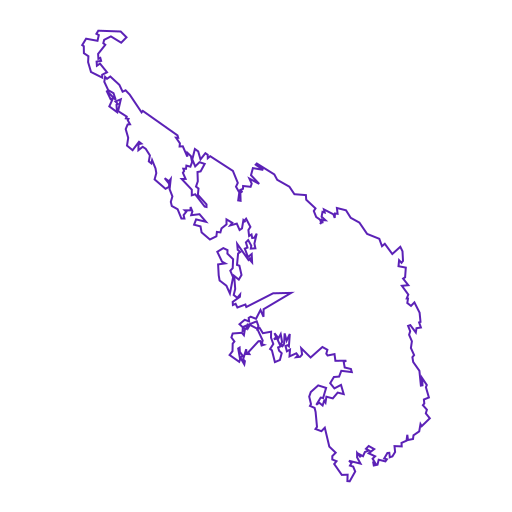 outline of Askøy nor, Hordaland, Norway
{"feature_id": "86288312B29517582925264", "entity_name": "Askøy nor", "entity_type": "district", "adm_level": 2, "iso_a3": "NOR", "parent_name": "Norway", "parent_adm1": "Hordaland", "projection": "mercator", "projection_center": [5.11, 60.485], "detail": "fine", "context": "isolated", "style": "outline", "palette": "violet", "viewbox_px": 512, "rotation_deg": 0, "n_neighbors": 0, "source": "geoboundaries", "source_scale": "gbopen_adm2", "svg_char_len": 6057}
<svg xmlns="http://www.w3.org/2000/svg" viewBox="0 0 512 512"><path d="M110.3,76.5L107.0,78.8L105.1,76.9L104.3,81.8L108.2,90.1L113.5,93.2L115.7,99.8L106.5,90.6L110.6,99.2L113.0,98.3L109.3,106.4L117.0,112.1L116.5,104.8L117.8,103.9L115.5,101.5L120.8,99.3L118.1,111.1L126.7,116.6L125.9,118.4L128.5,118.9L127.8,120.3L130.0,124.3L127.6,124.5L125.7,129.1L128.2,137.8L127.0,145.6L132.6,150.2L139.0,141.8L141.3,143.6L138.5,144.2L138.4,150.2L142.7,146.8L145.7,148.8L149.9,155.4L148.8,161.4L151.3,163.4L152.1,160.1L155.5,168.4L156.3,173.1L154.6,179.4L165.5,188.8L169.1,186.8L169.1,183.7L164.7,178.2L169.0,181.3L170.7,179.0L169.6,189.2L172.4,196.4L170.8,201.9L171.8,206.0L177.6,209.2L181.4,218.5L184.4,218.5L183.6,215.1L186.3,211.7L184.8,210.3L190.5,210.3L190.6,207.0L192.4,211.5L191.2,215.2L199.5,214.2L206.0,221.8L196.1,219.4L194.1,224.7L200.5,226.4L201.6,232.4L209.9,239.5L216.4,236.3L216.9,231.9L220.4,232.4L221.5,228.4L226.5,224.4L226.5,219.4L232.3,222.8L230.3,225.4L236.8,223.6L239.6,230.0L242.0,228.4L243.4,220.1L245.4,222.2L244.3,220.8L246.1,218.7L250.4,226.9L248.4,230.0L249.1,236.0L251.5,234.5L252.2,238.0L254.4,237.7L256.7,233.6L254.4,243.6L255.4,248.3L250.8,248.6L251.3,245.7L248.2,240.1L245.9,242.4L247.5,247.6L244.8,248.6L248.0,257.1L251.7,254.0L252.1,262.4L249.7,259.6L250.7,257.6L248.5,260.0L237.2,243.9L237.7,249.8L240.2,252.0L238.1,253.5L237.0,264.9L239.4,265.7L241.5,275.0L238.8,279.6L234.2,275.9L235.2,289.0L233.7,295.0L237.3,297.8L240.1,294.5L239.9,296.8L232.7,301.9L232.9,305.0L235.6,303.8L237.4,307.5L245.4,304.5L246.3,307.0L273.1,293.3L291.1,292.9L263.6,309.2L263.5,316.8L260.5,310.0L256.0,318.8L250.7,316.7L248.7,317.9L249.1,321.4L244.7,319.8L239.5,324.2L242.6,327.1L256.7,321.3L258.4,325.9L257.5,328.9L259.6,327.9L262.9,333.2L271.1,331.7L271.0,337.6L273.3,344.0L270.1,349.0L271.9,350.3L274.9,362.1L279.9,360.0L281.7,353.2L279.1,350.7L278.1,347.4L280.6,346.4L277.1,338.5L273.9,339.3L276.2,337.2L274.5,333.2L278.5,338.2L280.7,334.1L282.1,342.0L281.1,343.7L282.6,346.0L284.1,343.8L284.6,333.4L286.6,340.7L289.8,334.0L288.9,346.3L287.6,345.2L285.5,346.0L286.9,351.3L290.0,349.6L289.5,356.4L296.3,353.3L297.9,355.4L296.2,357.2L300.1,356.8L302.1,354.5L301.2,348.2L310.6,357.5L322.4,347.0L327.4,349.8L326.3,353.7L327.6,355.5L334.5,354.1L335.4,360.8L346.3,360.7L343.7,361.9L344.7,367.5L350.9,369.0L351.8,372.1L341.3,370.8L339.1,376.6L333.9,377.0L330.2,383.2L334.4,388.4L341.0,384.9L343.7,394.1L337.7,392.6L332.8,398.4L326.4,396.7L325.5,402.6L324.2,400.6L322.6,405.5L319.2,402.7L316.3,404.8L320.7,397.6L323.1,398.0L326.1,387.9L318.2,385.4L310.8,392.0L309.2,396.6L311.0,404.1L310.0,405.9L314.6,407.9L315.6,412.0L317.0,426.9L315.5,429.0L321.4,431.2L324.8,427.7L329.3,446.6L335.7,452.7L332.3,456.1L332.3,459.5L336.5,461.2L334.2,464.0L341.8,474.9L347.6,474.7L347.4,481.1L349.7,481.3L355.2,471.5L353.2,466.6L350.0,465.6L351.5,463.0L349.0,460.8L360.5,463.6L357.1,457.4L357.1,452.9L360.6,457.3L359.3,454.2L363.0,456.2L364.9,452.0L369.0,450.5L366.0,448.8L368.7,446.0L374.2,449.1L368.7,453.3L375.1,456.3L372.6,458.7L375.5,463.5L373.3,462.8L373.8,465.5L377.5,464.7L378.7,459.7L385.4,461.4L386.9,459.3L384.2,458.5L387.4,453.0L389.3,452.8L389.8,457.3L392.4,456.4L395.1,452.0L394.5,446.1L401.7,446.4L401.5,442.9L406.5,440.7L407.3,434.8L408.0,440.0L413.0,439.0L413.5,435.3L419.2,431.4L420.5,424.1L421.7,426.2L429.8,418.3L425.8,413.4L426.9,409.7L422.9,405.2L424.3,403.5L423.9,399.5L428.9,397.5L425.9,387.2L426.8,385.0L422.1,378.0L422.5,385.3L420.9,385.6L419.4,370.8L413.2,362.0L412.4,357.2L414.1,355.1L410.9,348.0L411.9,341.3L409.1,334.8L410.2,331.2L408.1,325.9L410.3,325.1L415.8,332.5L416.5,328.2L420.9,327.5L419.1,322.4L420.5,321.9L419.6,312.7L414.4,302.4L411.0,305.9L407.3,303.0L408.0,298.6L406.7,298.5L408.3,294.6L401.9,285.8L408.3,285.2L403.1,278.6L405.1,277.3L405.8,267.6L398.5,266.2L399.1,260.2L401.5,262.8L403.0,260.9L402.5,251.3L400.3,246.8L392.3,254.0L384.8,243.8L382.0,246.2L379.3,238.8L367.1,233.9L359.4,222.6L350.7,217.8L346.0,210.3L336.9,208.0L337.6,213.8L335.0,213.5L334.7,217.9L333.4,214.3L323.9,209.4L324.7,212.5L322.5,211.8L321.6,216.7L325.5,220.3L322.4,220.1L322.6,223.2L321.6,220.9L321.3,222.6L320.1,224.0L321.1,222.3L320.0,219.6L316.2,217.0L313.8,211.0L315.5,208.4L306.2,199.7L305.9,195.1L294.4,194.2L289.4,186.7L277.2,179.8L274.3,174.4L256.8,163.5L255.7,164.7L263.2,169.9L252.9,168.1L251.0,175.2L259.2,183.9L249.4,178.6L251.7,183.7L250.6,186.8L243.1,186.0L243.0,188.8L240.6,189.8L242.3,192.3L240.3,191.2L240.6,200.8L238.2,200.4L239.3,192.5L236.0,186.7L237.8,182.9L232.9,170.9L210.2,156.2L207.8,158.2L207.7,154.8L205.4,153.2L200.5,159.4L198.2,151.4L194.9,149.0L192.3,159.4L195.2,166.4L199.5,162.2L204.7,163.9L200.6,171.4L197.5,172.0L197.8,181.3L196.0,186.6L198.5,188.5L197.9,194.8L206.5,204.4L206.5,207.0L204.7,206.6L195.2,194.3L191.8,195.3L191.8,189.7L181.7,179.0L185.6,178.9L182.9,172.8L184.1,171.0L183.3,168.7L186.0,168.8L186.4,165.6L190.4,166.7L192.1,162.0L190.9,156.1L187.4,152.8L187.3,156.6L182.8,146.3L179.6,146.5L179.9,143.3L176.0,137.7L178.2,137.8L177.5,135.4L142.8,110.9L141.6,112.4L129.7,94.6L125.6,90.3L122.6,91.7L119.4,84.9L110.3,76.5ZM98.3,30.7L96.4,33.8L98.8,35.1L97.5,40.8L86.1,38.7L82.2,45.1L83.8,46.2L83.9,53.2L88.4,56.2L88.1,62.1L91.0,72.0L102.2,77.6L102.2,74.7L107.0,72.3L100.0,63.6L96.9,65.7L96.6,61.6L101.1,60.9L100.3,57.9L98.4,58.8L98.1,53.9L105.3,44.8L103.3,43.2L104.2,39.8L110.9,36.4L121.2,42.7L126.5,37.3L120.7,31.5L98.3,30.7ZM257.2,328.7L249.9,324.9L247.9,328.3L247.2,325.8L246.2,328.8L242.8,328.1L242.6,331.0L244.7,330.4L243.9,335.2L241.9,332.8L232.7,333.5L231.4,337.4L234.4,341.5L232.7,343.6L232.5,351.2L229.6,355.0L239.2,361.8L240.1,359.3L238.2,348.5L239.6,347.6L239.8,351.8L242.8,355.9L240.3,357.5L244.3,364.4L244.9,361.1L243.1,359.4L246.2,349.2L246.5,354.0L249.4,354.1L248.3,352.3L258.5,341.2L260.3,341.1L261.6,345.5L263.8,344.8L261.7,344.1L262.7,340.5L257.2,328.7ZM223.3,248.1L217.3,251.8L222.0,261.6L225.2,263.4L218.1,264.4L218.7,275.3L219.6,280.5L226.4,285.7L229.9,293.5L233.1,277.2L230.3,270.7L232.7,268.2L233.1,259.2L227.4,253.6L227.5,250.1L223.3,248.1Z" fill="none" stroke="#5b21b6" stroke-width="2"/></svg>